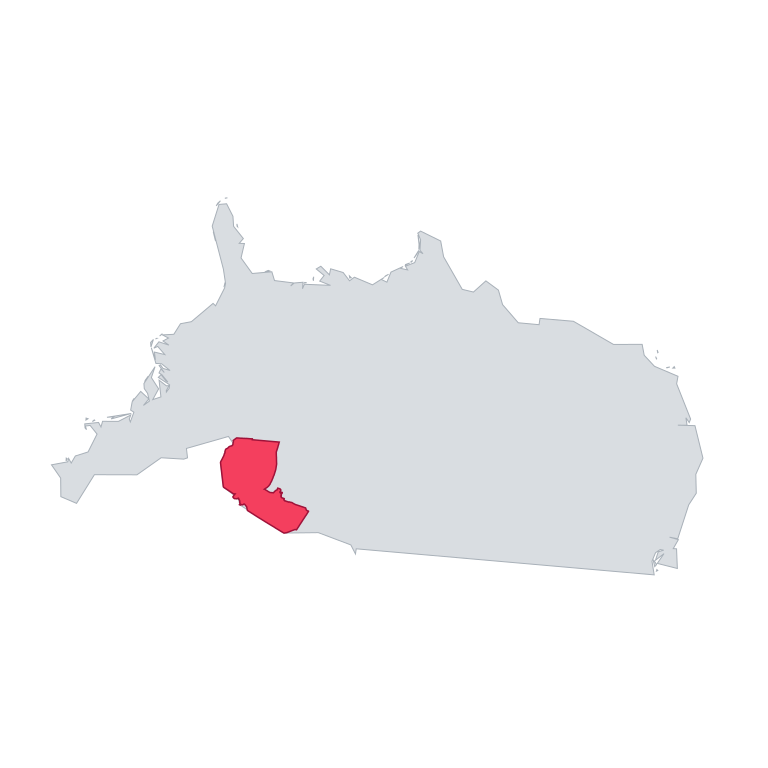 United States of America, with Michigan highlighted, rotated 185°
{"feature_id": "USA-3562", "entity_name": "Michigan", "entity_type": "State", "adm_level": 1, "iso_a3": "USA", "parent_name": "United States of America", "parent_adm1": "", "projection": "robinson", "projection_center": [-86.829, 45.001], "detail": "fine", "context": "in_parent", "style": "filled", "palette": "rose", "viewbox_px": 768, "rotation_deg": 185, "n_neighbors": 0, "source": "natural_earth", "source_scale": "10m", "svg_char_len": 8708}
<svg xmlns="http://www.w3.org/2000/svg" viewBox="0 0 768 768"><g transform="rotate(185 384 384)"><path d="M622.2,272.0L664.6,268.4L679.9,238.3L696.1,243.6L697.9,262.1L708.2,274.5L692.3,278.9L691.7,282.4L688.7,278.0L685.2,285.4L672.9,290.5L665.5,309.1L673.1,317.1L677.8,316.1L676.4,312.6L678.0,314.2L678.6,318.2L665.0,320.8L662.2,316.5L661.1,322.3L645.3,323.6L633.6,331.0L634.7,326.8L633.4,324.1L630.7,334.1L634.1,335.9L633.3,344.4L625.7,355.4L617.0,348.6L621.8,341.7L616.2,346.5L618.7,354.1L622.4,358.5L623.2,363.5L613.6,381.3L616.3,370.1L608.1,359.5L613.0,348.3L605.1,351.7L608.4,368.2L600.6,363.2L598.0,363.7L600.3,358.5L600.1,357.0L597.6,361.0L597.5,364.5L609.4,370.9L606.9,373.9L601.5,368.1L599.5,367.1L606.2,374.0L609.1,375.4L607.5,379.6L603.9,376.3L609.6,382.7L608.3,383.5L605.5,380.3L598.3,378.8L607.4,384.8L613.0,384.6L619.0,399.9L613.8,388.2L615.5,395.8L604.9,394.2L612.7,401.7L616.4,399.6L611.9,406.4L601.7,404.0L607.9,407.6L602.7,411.0L609.0,413.6L597.7,415.2L592.0,426.3L581.3,429.3L561.3,449.4L558.6,447.2L551.2,465.7L550.6,470.3L554.0,484.4L568.9,526.3L564.0,548.5L556.5,549.8L549.1,537.9L547.6,528.0L536.8,516.6L540.5,511.5L535.3,511.8L537.4,497.1L524.9,482.6L505.5,486.0L502.1,477.5L483.1,476.8L485.5,473.5L482.2,476.8L473.6,478.3L473.5,471.8L472.0,476.4L445.9,477.6L457.0,480.9L453.1,486.9L461.5,492.7L457.2,495.8L447.9,488.0L447.2,494.1L434.4,491.5L427.3,483.8L422.8,487.8L404.1,481.8L393.0,490.2L395.8,487.9L390.0,485.7L386.8,496.1L375.2,502.7L377.9,500.7L370.4,499.7L372.9,503.2L364.0,507.6L360.4,519.0L356.5,517.2L359.8,520.3L360.1,530.8L363.5,537.2L360.9,539.5L340.0,531.4L335.7,515.9L314.3,485.1L302.9,483.4L291.5,495.6L278.2,487.5L272.8,473.4L255.6,456.7L234.7,456.6L234.3,462.9L200.8,463.0L158.8,443.4L130.3,446.0L127.3,435.3L116.1,425.2L91.8,417.3L92.5,409.7L75.5,375.8L76.6,372.2L80.3,376.7L78.5,369.3L87.7,368.6L70.6,369.6L59.8,337.9L65.5,321.2L63.4,302.4L69.9,290.2L77.9,255.4L86.2,256.3L77.2,254.6L81.5,245.2L78.2,245.3L75.7,225.8L96.1,229.1L90.3,239.4L98.2,232.1L96.2,240.7L90.9,242.8L94.4,243.2L98.8,239.6L101.6,230.8L98.2,217.4L397.3,217.4L397.6,212.2L403.0,220.8L436.5,230.2L470.7,226.8L517.0,250.9L519.0,257.2L535.0,267.3L540.1,291.9L529.1,311.7L534.4,318.2L575.2,302.6L573.3,293.3L576.9,291.7L599.6,291.1L622.2,272.0ZM650.2,327.8L657.1,326.7L633.2,332.6L652.8,325.4L650.2,327.8ZM98.4,225.7L100.2,231.2L99.9,232.0L96.7,227.9L98.4,225.7ZM363.2,535.4L360.7,526.2L361.0,520.9L361.3,526.4L363.2,535.4ZM694.0,279.6L694.1,282.5L693.0,281.9L694.0,279.6ZM427.4,486.6L427.9,488.7L425.9,487.0L427.4,486.6ZM100.7,425.9L103.6,424.7L103.8,425.0L100.7,425.9ZM97.7,425.0L96.4,426.6L95.6,425.2L97.7,425.0ZM671.3,321.2L669.5,323.0L669.0,322.6L671.3,321.2ZM362.7,516.0L361.0,520.2L365.1,512.1L362.7,516.0ZM564.6,512.5L567.4,520.8L564.1,511.7L564.6,512.5ZM114.8,432.7L115.8,435.0L114.6,432.9L114.8,432.7ZM565.3,549.7L562.9,552.3L566.7,546.8L565.3,549.7ZM620.1,405.1L617.6,408.3L619.4,400.6L620.1,405.1ZM96.3,221.3L96.0,222.9L95.0,222.1L96.3,221.3ZM373.0,504.9L368.9,506.8L373.1,504.2L373.0,504.9ZM677.8,322.1L677.8,324.1L675.8,323.6L677.8,322.1ZM114.1,439.0L114.8,441.7L113.7,439.3L114.1,439.0ZM367.8,508.4L366.1,509.4L367.6,507.7L367.8,508.4ZM622.2,366.9L619.6,371.2L622.6,365.2L622.2,366.9ZM391.7,492.0L389.0,493.7L392.9,490.8L391.7,492.0ZM551.7,467.9L551.2,471.3L550.9,468.9L551.7,467.9ZM610.0,414.1L609.1,414.8L611.7,412.2L610.0,414.1ZM512.5,485.3L509.2,487.1L507.9,486.7L512.5,485.3ZM472.3,477.7L471.7,478.3L469.9,478.2L472.3,477.7ZM544.1,528.3L544.5,530.7L543.5,527.8L544.1,528.3ZM463.9,482.5L463.4,484.7L463.3,480.7L463.9,482.5ZM558.0,555.5L556.2,555.8L558.7,555.1L558.0,555.5ZM632.8,345.9L631.6,348.0L633.1,345.0L632.8,345.9ZM615.6,408.9L614.4,409.7L614.2,409.7L615.6,408.9Z" fill="#d9dde1" stroke="#a8b0b8" stroke-width="1"/><path d="M458.5,231.1L458.9,231.1L459.7,231.3L459.9,231.3L460.2,231.2L461.2,230.7L462.9,229.9L466.3,228.2L467.8,227.5L468.5,227.3L470.4,226.8L470.7,226.8L471.0,226.9L473.1,227.9L477.1,229.9L479.2,230.9L481.2,232.0L483.3,233.0L485.3,234.0L487.4,235.0L488.5,235.6L489.6,236.1L490.8,236.7L491.9,237.3L493.1,237.9L496.5,239.6L497.9,240.3L500.6,241.7L503.4,243.2L504.8,243.9L506.1,244.6L507.5,245.3L507.9,245.5L508.1,245.6L508.4,245.8L508.6,245.9L508.8,246.0L509.0,246.1L509.1,246.3L509.2,246.6L509.4,247.4L509.7,248.2L510.0,249.4L510.1,249.7L511.0,250.6L512.2,251.9L512.4,252.1L512.7,252.2L513.0,252.2L513.3,252.1L513.6,251.8L513.7,251.7L514.0,251.4L514.4,251.3L514.8,251.2L515.3,251.5L516.0,251.2L516.5,250.9L517.0,251.0L517.5,251.2L516.9,252.4L517.1,252.9L517.3,253.2L517.5,253.6L517.5,253.9L517.4,254.1L517.5,254.3L517.5,254.6L517.6,254.9L517.6,255.1L517.7,255.3L517.8,255.6L518.1,256.0L518.5,256.3L518.6,256.8L518.8,257.0L519.0,257.4L519.2,257.5L519.3,257.6L519.5,257.5L520.2,256.9L520.3,256.8L520.5,256.7L520.8,256.8L521.3,256.9L522.5,256.7L523.0,256.8L523.6,257.1L524.2,257.7L524.4,257.9L524.6,258.1L524.7,258.3L524.7,258.5L524.2,259.3L523.7,260.2L522.8,261.5L524.5,261.5L525.9,262.3L527.7,263.3L529.7,264.4L534.5,267.0L535.0,267.5L535.2,268.1L536.4,273.8L537.0,276.8L537.6,279.7L538.2,282.6L538.8,285.5L540.0,291.3L540.0,291.5L540.0,291.8L539.9,292.2L539.6,293.1L539.2,293.9L538.5,295.7L538.2,296.5L537.5,298.2L537.2,299.1L537.1,299.6L537.1,300.1L537.0,300.5L536.7,300.9L536.6,301.4L536.6,301.7L536.4,302.1L536.4,302.3L536.5,302.6L536.6,302.9L536.5,303.1L536.4,303.7L536.2,304.7L536.0,305.1L535.7,305.5L535.4,305.8L535.1,305.9L534.7,306.0L534.1,306.5L533.0,307.9L532.6,308.2L531.4,308.8L530.3,309.1L529.8,309.5L529.5,309.9L529.3,310.4L529.2,310.9L529.2,312.1L529.0,313.1L529.0,313.7L529.3,314.6L526.2,317.4L524.6,317.5L523.6,317.5L522.7,317.5L521.8,317.5L520.8,317.6L519.9,317.6L518.9,317.6L518.0,317.7L517.0,317.7L516.1,317.8L515.2,317.8L514.2,317.8L513.3,317.8L512.3,317.8L510.4,317.9L510.4,317.0L509.7,317.0L507.9,317.0L506.2,317.0L505.3,317.0L504.4,317.0L502.6,317.0L501.8,317.0L500.9,317.0L499.1,317.0L497.4,317.0L495.6,317.0L494.7,317.0L493.9,317.0L493.0,317.0L492.1,317.0L491.2,317.0L488.6,317.0L486.8,317.0L485.1,317.0L484.2,317.0L483.3,317.0L483.5,316.0L483.7,314.6L484.1,312.9L484.3,311.5L484.6,310.2L484.9,308.9L485.4,306.8L485.2,305.0L485.1,303.9L484.9,302.5L484.7,301.3L484.6,299.9L484.4,298.2L484.2,296.5L484.0,295.2L484.0,294.6L484.1,293.2L484.2,291.9L484.3,290.2L484.4,289.2L484.7,287.7L485.0,286.4L485.3,285.0L485.6,283.6L486.2,282.1L486.4,280.9L486.9,279.5L487.3,278.1L487.7,277.0L488.5,275.3L488.8,274.2L489.3,273.5L489.7,272.8L490.1,272.2L490.8,271.5L491.2,271.0L491.8,270.5L492.6,269.9L493.3,269.4L494.0,268.8L493.6,268.7L493.2,268.5L492.9,268.3L492.5,268.1L492.1,267.9L491.8,267.8L491.4,267.6L490.7,267.2L490.4,267.0L490.0,266.8L489.6,266.7L489.2,266.5L488.5,266.1L488.3,266.0L486.5,266.0L485.3,266.0L484.6,266.0L484.2,266.6L483.8,267.2L483.4,267.7L482.9,268.1L482.2,268.8L481.2,269.3L481.0,270.3L480.8,271.0L480.2,270.9L479.6,270.8L479.0,270.6L478.4,270.4L478.2,270.3L478.2,270.2L477.8,269.8L477.6,269.6L477.5,269.4L477.6,268.9L477.6,268.7L477.8,268.2L478.1,267.6L478.4,267.4L478.4,267.2L478.2,266.9L478.0,266.7L478.0,266.8L477.1,267.1L476.9,267.2L476.6,267.1L476.3,267.2L476.2,267.2L475.9,267.0L475.9,266.9L476.0,266.5L476.0,266.4L476.0,266.2L476.1,265.9L476.5,265.7L476.7,265.4L476.8,265.2L476.7,264.7L476.6,264.4L476.6,264.2L476.8,264.2L476.9,263.9L476.9,263.7L476.7,263.3L476.6,263.1L476.7,262.9L476.8,262.8L476.8,262.7L476.7,262.6L476.6,262.4L476.4,262.3L476.3,262.2L476.1,262.0L475.9,261.8L475.8,261.7L475.7,261.7L475.1,261.6L474.9,261.6L474.6,261.3L474.3,261.3L474.1,261.3L473.8,261.3L473.6,261.2L473.4,261.1L473.3,260.9L473.3,260.7L473.6,260.3L473.7,260.2L473.3,259.4L473.2,259.3L473.0,259.2L472.9,259.2L472.6,259.0L472.5,258.9L472.3,259.0L472.2,259.0L471.9,258.9L471.7,258.8L471.6,258.7L471.2,258.7L470.9,258.7L470.6,258.5L470.5,258.4L470.4,258.4L470.2,258.5L469.6,258.3L469.4,258.3L469.2,258.3L469.0,258.1L468.9,258.1L468.7,258.0L468.4,258.1L468.2,258.1L467.8,258.3L467.7,258.3L467.2,258.1L466.9,258.0L466.7,257.9L466.4,257.9L466.2,258.0L465.9,257.9L465.6,257.9L465.4,257.9L464.5,257.4L463.2,256.8L462.5,256.5L462.3,256.4L461.9,256.3L461.8,256.2L461.0,256.0L460.3,255.9L458.6,255.5L457.7,255.3L455.8,254.8L454.9,254.6L454.0,254.4L453.2,254.2L452.6,254.0L452.1,253.9L451.6,253.8L451.3,253.7L451.2,253.6L451.1,253.3L450.7,252.3L450.4,251.7L450.1,251.4L449.9,251.3L449.7,251.3L449.6,251.2L449.4,251.1L449.2,251.0L449.0,250.8L448.9,250.7L448.8,250.8L448.7,250.9L448.4,250.9L448.2,250.8L448.2,250.6L448.1,250.4L448.2,250.2L448.6,249.6L448.9,249.0L450.1,246.6L450.8,245.5L451.7,243.7L452.4,242.5L452.7,241.9L453.3,240.8L453.6,240.2L453.9,239.6L454.6,238.3L455.6,236.5L455.9,235.9L456.2,235.3L456.5,234.7L456.8,234.1L457.2,233.5L457.8,232.3L458.1,231.7L458.5,231.1Z" fill="#f43f5e" stroke="#9f1239" stroke-width="1.5"/></g></svg>